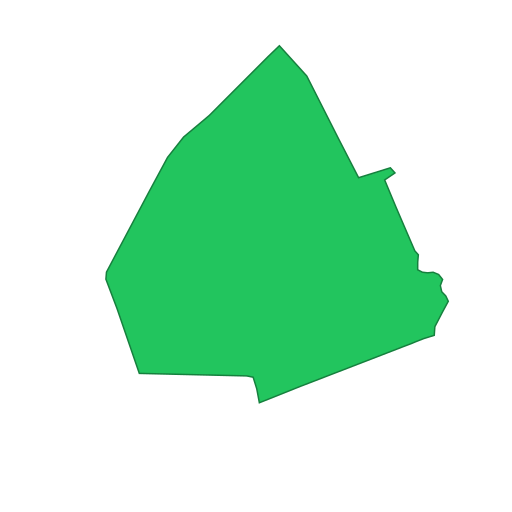 Ielmo Marinho, Rio Grande do Norte, Brazil, rotated 57°
{"feature_id": "56859067B90563935489719", "entity_name": "Ielmo Marinho", "entity_type": "district", "adm_level": 2, "iso_a3": "BRA", "parent_name": "Brazil", "parent_adm1": "Rio Grande do Norte", "projection": "natural_earth1", "projection_center": [-35.525, -5.792], "detail": "fine", "context": "isolated", "style": "filled", "palette": "green", "viewbox_px": 512, "rotation_deg": 57, "n_neighbors": 0, "source": "geoboundaries", "source_scale": "gbopen_adm2", "svg_char_len": 716}
<svg xmlns="http://www.w3.org/2000/svg" viewBox="0 0 512 512"><g transform="rotate(57 256 256)"><path d="M92.4,121.9L94.3,131.8L95.3,137.0L112.7,218.7L116.8,251.9L125.1,276.4L143.7,310.4L188.1,390.2L193.7,394.5L224.5,401.2L290.9,417.8L351.5,329.1L356.1,324.4L367.8,327.7L380.9,333.1L389.5,289.7L391.7,279.4L412.2,181.9L414.0,173.7L414.9,168.7L416.6,160.4L419.6,149.7L412.7,144.5L404.6,130.2L398.7,119.4L392.9,118.6L387.1,119.7L381.2,117.5L377.3,112.3L371.0,112.9L366.1,116.3L363.6,121.2L360.2,125.3L355.6,127.9L349.2,123.7L343.4,119.2L338.2,120.0L306.5,114.6L291.3,112.0L262.3,106.7L262.0,94.2L255.2,95.3L246.2,127.3L203.4,123.0L132.7,115.4L92.4,121.9Z" fill="#22c55e" stroke="#15803d" stroke-width="1.5"/></g></svg>